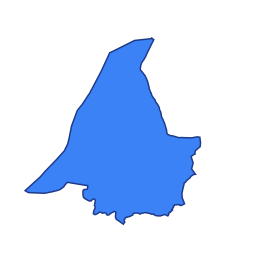 the district of Kwande, Benue, Nigeria, rotated 198°
{"feature_id": "59680162B2505789698133", "entity_name": "Kwande", "entity_type": "district", "adm_level": 2, "iso_a3": "NGA", "parent_name": "Nigeria", "parent_adm1": "Benue", "projection": "mercator", "projection_center": [9.368, 6.742], "detail": "fine", "context": "isolated", "style": "filled", "palette": "blue", "viewbox_px": 256, "rotation_deg": 198, "n_neighbors": 0, "source": "geoboundaries", "source_scale": "gbopen_adm2", "svg_char_len": 3014}
<svg xmlns="http://www.w3.org/2000/svg" viewBox="0 0 256 256"><g transform="rotate(198 128 128)"><path d="M206.5,36.6L202.7,35.8L187.3,40.1L180.3,44.0L176.1,46.6L173.4,48.7L171.5,51.4L170.7,52.8L170.3,54.5L168.9,57.6L148.5,60.7L147.9,58.7L147.9,57.2L151.0,55.7L151.4,54.2L150.2,50.6L149.2,48.7L147.6,47.6L145.5,47.2L144.2,46.9L142.2,46.6L140.5,47.3L139.6,49.3L138.4,50.0L137.5,49.9L136.3,48.1L136.4,46.7L136.0,44.0L135.3,43.5L134.6,41.8L134.9,39.2L134.6,36.0L133.4,35.4L132.4,35.5L130.6,37.1L128.7,39.5L127.6,39.5L126.2,39.0L124.0,40.2L122.6,40.2L121.4,38.9L120.4,38.9L119.3,39.5L117.8,41.8L115.1,44.5L113.6,44.3L112.6,39.9L111.2,37.7L102.7,35.1L102.4,36.1L102.0,37.7L102.4,38.0L103.0,38.4L103.4,39.3L103.3,39.6L103.0,39.8L102.8,40.2L102.8,40.7L102.9,41.3L102.3,42.3L102.1,42.8L101.7,42.8L101.2,42.9L100.6,43.3L99.8,44.0L98.9,44.4L97.9,45.5L97.1,46.2L96.6,46.8L96.7,47.8L95.6,49.1L95.2,49.2L94.0,49.6L93.4,49.8L91.9,50.3L91.3,50.1L90.3,49.8L90.2,49.8L89.0,50.8L87.6,51.7L86.0,52.7L85.7,52.8L83.0,53.2L82.5,53.4L81.0,53.4L79.3,53.3L78.5,53.5L76.5,54.0L76.3,53.6L74.9,53.2L72.6,53.7L71.7,53.8L69.7,54.6L66.4,57.1L63.0,56.7L62.5,58.2L63.0,59.0L62.7,59.4L62.7,59.9L62.4,60.3L62.5,60.6L62.2,61.0L61.6,61.1L61.5,61.3L61.5,61.7L61.4,62.2L60.9,62.5L60.8,62.8L61.2,63.1L61.0,63.8L60.4,63.9L60.5,64.3L61.0,64.7L60.6,65.7L60.2,67.0L60.7,67.7L60.0,68.6L59.9,69.4L58.7,69.7L57.3,70.4L55.9,70.8L54.4,70.5L53.8,70.7L52.8,71.3L51.8,72.3L50.8,73.4L54.9,78.4L56.5,82.5L56.6,83.3L57.2,88.9L57.2,90.9L57.6,92.8L57.5,93.2L56.9,93.6L55.9,96.1L54.6,98.4L53.5,100.0L53.3,101.4L51.2,104.1L49.5,104.8L54.9,108.8L55.0,110.5L55.0,111.7L55.3,115.0L56.4,116.5L59.2,120.4L56.9,123.5L56.2,123.8L56.7,125.3L56.9,127.3L53.6,132.6L54.0,133.7L54.0,134.6L54.6,136.7L56.8,141.4L59.0,141.1L59.3,141.0L60.9,140.2L61.7,139.8L63.3,138.9L65.2,138.0L68.6,137.1L71.0,136.3L71.4,136.2L73.9,135.6L76.0,134.7L78.8,134.4L80.1,134.4L82.5,134.4L84.1,134.1L84.3,134.0L85.6,133.8L86.8,134.1L88.1,134.1L89.0,134.7L89.9,136.0L90.5,137.6L91.7,139.5L92.0,139.9L93.0,141.3L94.8,143.9L96.5,145.8L97.2,146.7L99.7,149.2L100.9,151.7L102.1,153.6L103.7,155.2L104.3,156.5L104.6,157.1L106.4,158.9L107.6,159.9L108.9,160.8L110.1,161.8L111.3,163.4L112.9,164.3L114.1,165.3L115.6,166.5L116.5,168.1L117.8,169.3L118.7,170.3L119.2,171.1L119.6,171.5L120.5,173.1L121.1,174.1L121.7,175.0L122.6,176.6L123.9,178.5L125.4,180.3L126.3,181.3L127.7,182.7L128.5,183.5L129.7,184.1L129.9,184.3L130.9,185.1L131.8,185.7L132.8,186.3L133.7,186.6L134.3,187.3L134.6,188.2L134.9,189.2L134.9,190.1L135.2,191.0L135.2,192.9L135.2,194.2L134.8,195.4L134.5,196.6L134.2,197.3L133.3,201.3L133.2,203.2L132.9,205.4L132.9,205.5L130.8,220.0L133.3,220.9L133.6,220.1L144.1,215.4L148.9,213.2L167.7,194.7L168.6,194.1L169.0,190.7L170.6,177.1L170.9,174.5L171.6,170.3L175.2,149.4L176.6,144.5L177.6,140.7L178.9,136.1L181.6,129.1L182.3,112.6L182.0,109.8L180.9,100.5L180.4,94.2L181.5,86.5L186.5,75.4L191.4,65.3L193.3,61.5L196.2,54.7L196.4,54.3L201.9,44.7L206.5,36.6Z" fill="#3b82f6" stroke="#1e3a8a" stroke-width="1.5"/></g></svg>